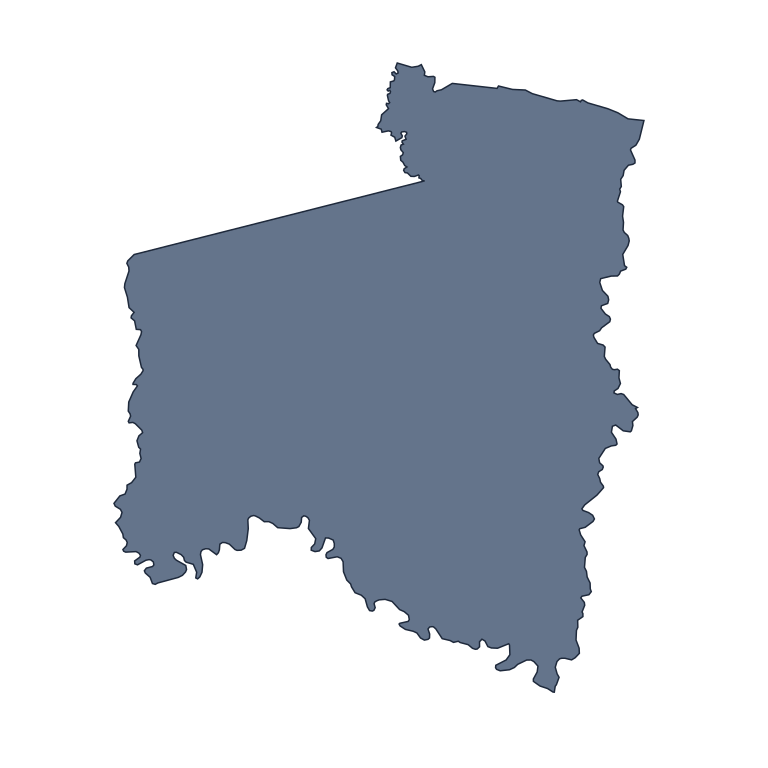 outline of San Carlos De Guaroa, Meta, Colombia, rotated 86°
{"feature_id": "7082276B46301528303112", "entity_name": "San Carlos De Guaroa", "entity_type": "district", "adm_level": 2, "iso_a3": "COL", "parent_name": "Colombia", "parent_adm1": "Meta", "projection": "robinson", "projection_center": [-73.244, 3.837], "detail": "fine", "context": "isolated", "style": "filled", "palette": "slate", "viewbox_px": 768, "rotation_deg": 86, "n_neighbors": 0, "source": "geoboundaries", "source_scale": "gbopen_adm2", "svg_char_len": 6130}
<svg xmlns="http://www.w3.org/2000/svg" viewBox="0 0 768 768"><g transform="rotate(86 384 384)"><path d="M69.4,350.5L72.7,348.4L74.7,348.2L75.6,350.2L73.2,352.2L73.9,354.4L76.1,354.4L78.0,351.9L81.2,352.3L82.3,353.1L83.1,356.6L88.8,357.1L89.6,359.6L90.8,360.4L92.1,359.4L91.5,357.7L92.9,357.1L94.5,357.8L95.3,360.2L96.3,360.5L101.7,359.7L103.7,358.7L104.7,359.9L104.2,361.9L105.7,362.3L109.6,360.3L115.3,367.6L121.2,368.9L124.6,371.7L126.6,372.2L127.6,373.6L129.6,369.0L132.7,368.4L131.8,361.9L132.7,359.4L133.9,358.9L136.2,359.7L138.6,356.1L142.5,355.2L139.5,349.0L137.8,348.4L135.0,349.7L133.8,348.8L133.6,345.9L134.5,343.9L136.0,343.8L138.2,345.8L141.4,344.9L142.7,348.9L144.0,349.2L146.1,347.9L146.8,350.3L149.3,351.2L151.6,350.8L154.6,348.6L156.7,349.5L158.1,351.8L162.0,351.7L164.1,349.6L167.5,348.1L169.1,346.0L170.7,348.9L172.3,349.5L174.6,348.3L175.1,345.9L178.7,342.7L179.1,339.2L177.9,335.1L178.6,334.4L180.8,334.8L181.5,333.1L183.7,331.6L184.2,329.3L237.4,624.2L243.3,631.0L245.7,632.1L249.6,630.5L253.5,630.5L265.8,635.5L269.7,636.2L279.5,633.9L290.0,633.0L295.1,628.3L298.3,631.2L300.4,631.7L303.6,628.4L312.2,627.3L312.8,623.1L314.8,622.2L317.8,623.0L328.3,628.6L332.4,626.2L338.9,626.6L350.5,624.8L352.5,623.4L353.9,623.4L357.2,625.8L361.4,631.2L365.8,634.3L366.9,634.4L367.3,631.1L368.7,630.1L374.3,634.7L384.2,639.9L393.2,641.0L396.0,639.4L398.4,639.0L403.4,641.7L405.0,641.0L404.8,637.2L406.3,634.8L413.2,628.8L415.7,628.2L418.6,632.1L423.4,634.4L430.0,633.1L431.9,631.4L436.2,632.4L441.4,631.5L444.8,633.4L445.3,637.4L446.6,638.2L459.7,638.1L464.8,642.7L467.0,647.4L471.0,647.7L475.7,650.0L477.2,655.3L484.2,661.7L487.1,660.6L490.6,655.7L493.8,654.3L498.6,656.1L503.6,661.5L507.6,658.5L515.4,655.0L519.1,654.7L521.6,652.2L524.2,651.2L527.4,652.2L530.9,656.0L532.6,655.4L533.7,653.5L533.9,643.0L535.6,640.3L537.9,638.9L539.7,639.6L543.1,645.1L546.0,645.1L547.2,642.5L543.2,633.8L542.8,630.7L543.2,628.9L545.4,626.5L548.4,626.2L549.9,627.6L551.1,633.9L553.6,636.1L555.9,635.3L560.5,630.8L566.9,628.9L567.9,626.2L566.7,623.5L562.6,602.7L560.8,598.4L557.7,595.1L555.3,593.9L551.2,594.4L545.3,603.4L543.2,605.3L540.2,606.3L537.4,604.9L537.4,602.8L540.1,598.2L542.9,595.9L546.1,595.4L547.9,593.9L550.6,586.8L558.7,584.0L564.3,585.3L565.4,583.5L563.6,581.2L559.1,578.7L551.6,577.5L541.4,579.0L538.5,578.3L536.7,576.7L535.9,573.4L536.3,570.3L542.6,562.9L540.8,561.0L538.0,559.8L532.3,558.9L530.8,556.2L531.2,553.3L533.0,549.4L538.7,544.2L539.7,542.2L539.8,538.1L538.2,534.6L530.6,531.8L518.8,529.5L509.9,529.3L508.2,528.3L506.6,526.0L506.1,523.2L506.6,521.6L508.9,517.7L513.0,513.1L513.3,508.4L515.4,504.6L519.9,500.1L521.7,487.8L521.3,481.3L520.3,478.9L516.1,476.2L511.4,475.5L509.9,473.2L510.5,471.2L512.0,469.3L514.8,467.9L522.9,469.5L533.5,462.9L538.7,464.3L542.0,467.9L544.7,468.2L546.4,464.5L546.0,460.2L543.2,457.3L533.5,453.1L533.8,450.0L536.1,445.6L539.7,444.7L543.2,445.0L545.4,446.6L548.2,452.6L550.3,453.8L552.8,453.7L554.2,452.0L553.1,442.7L554.9,439.0L558.4,437.2L568.5,437.5L577.0,434.8L581.2,431.2L584.0,430.6L590.2,427.4L593.1,421.4L596.9,417.8L605.2,416.1L609.0,414.2L609.7,411.5L609.1,409.9L606.5,408.4L602.4,409.2L600.8,408.4L599.8,406.4L599.0,403.9L598.9,397.9L601.5,391.1L610.1,384.2L612.5,379.7L616.4,375.7L620.7,375.2L622.5,376.4L623.8,384.9L624.5,385.7L626.5,384.8L630.3,379.8L632.7,372.1L634.7,368.5L639.9,365.3L642.3,361.6L641.8,357.9L640.5,356.3L636.6,355.9L631.5,357.2L629.6,355.5L629.4,353.0L629.7,351.6L631.9,349.4L642.1,343.7L644.5,336.0L646.6,332.7L645.8,327.8L647.2,326.1L649.9,318.2L653.8,314.2L655.0,311.4L654.9,309.5L652.8,307.0L647.8,306.7L645.4,304.1L647.4,301.2L653.2,298.7L654.8,295.3L655.5,289.1L651.8,277.7L653.2,277.0L662.8,277.3L667.8,281.4L672.4,292.1L674.8,292.5L676.5,291.6L678.2,288.1L677.8,278.7L675.9,273.7L673.0,270.2L669.3,260.9L669.6,256.6L671.4,253.8L676.2,250.1L682.0,251.3L688.7,255.6L691.1,255.7L696.2,249.4L699.2,242.1L703.1,236.9L703.3,235.6L697.5,234.3L696.0,233.0L688.8,229.8L685.3,231.5L678.5,232.9L672.9,230.8L670.4,228.0L670.0,226.1L670.2,222.7L672.3,216.1L670.4,212.4L666.3,207.9L661.1,207.8L652.8,210.3L643.2,209.2L640.2,207.6L633.2,207.3L629.9,201.8L626.9,201.6L625.2,202.3L618.7,199.2L615.8,199.4L611.1,202.6L609.5,201.3L608.5,194.3L605.6,191.7L602.8,192.5L596.9,192.3L590.7,194.8L585.0,195.1L580.9,196.8L571.0,195.3L568.2,193.3L565.7,193.2L559.2,195.8L555.4,194.4L548.3,198.3L543.1,199.5L542.0,198.8L541.0,193.3L535.7,185.1L533.3,183.5L529.5,185.0L526.5,188.9L524.0,194.4L522.3,195.3L518.6,192.2L509.7,179.3L502.7,172.2L501.2,172.3L497.0,174.9L493.4,175.4L489.1,177.1L486.5,175.9L484.5,172.2L482.2,171.1L480.9,171.3L477.6,174.4L473.2,174.9L463.7,167.7L461.6,161.5L461.3,157.1L460.1,155.7L455.2,156.4L448.0,160.5L442.1,159.1L441.1,155.7L447.4,148.6L448.9,141.7L448.0,140.5L442.8,138.6L438.8,138.8L434.7,133.7L432.6,132.6L430.3,132.7L426.1,134.8L425.1,132.8L422.0,137.9L411.2,145.6L410.1,148.2L410.7,152.0L408.9,155.2L407.0,154.8L404.8,150.9L400.0,148.1L394.3,149.2L387.1,148.3L385.5,150.1L385.8,153.0L385.3,155.1L383.0,156.7L380.4,157.2L374.9,161.1L371.9,162.3L362.6,160.9L360.4,162.7L358.4,168.1L352.0,171.4L349.7,171.7L348.2,170.7L345.9,165.2L343.1,163.0L337.6,154.4L335.1,153.6L332.5,154.5L329.6,158.3L323.6,162.3L321.1,161.6L319.2,155.2L315.7,154.0L312.1,154.5L305.9,159.6L297.7,161.7L294.0,160.5L292.2,149.9L292.5,143.5L290.7,141.5L287.9,140.1L286.3,134.8L284.5,133.7L282.7,135.8L271.4,136.8L262.9,130.9L258.4,129.4L255.8,129.6L252.9,130.5L249.6,133.7L247.0,134.8L239.5,133.8L233.2,134.3L223.8,132.5L221.9,133.6L218.9,138.1L217.9,138.4L208.7,134.7L206.0,135.3L203.6,133.5L196.3,133.6L192.8,130.9L187.6,129.6L182.8,124.9L182.2,120.4L181.0,118.2L178.1,118.0L167.7,121.8L166.1,121.1L163.3,116.0L157.6,112.2L139.3,106.3L136.5,122.1L129.8,131.7L125.1,141.3L117.8,161.0L114.5,166.0L114.8,167.4L116.2,168.3L113.8,172.1L114.1,188.3L113.6,191.6L104.7,215.8L100.6,222.5L99.1,235.3L94.7,249.0L97.0,250.6L88.9,294.9L94.5,306.2L95.2,310.7L96.3,312.5L95.7,314.1L93.0,315.0L87.0,312.3L81.6,311.8L80.6,313.2L80.6,318.7L78.9,322.2L75.5,321.5L68.0,324.5L69.4,327.7L70.0,334.2L64.7,348.4L69.4,350.5Z" fill="#64748b" stroke="#1e293b" stroke-width="1.5"/></g></svg>